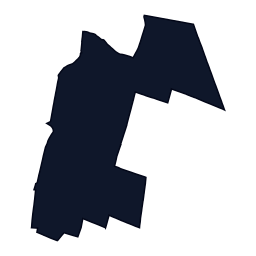 the district of Tultepec, México, Mexico
{"feature_id": "50627088B32512341732198", "entity_name": "Tultepec", "entity_type": "district", "adm_level": 2, "iso_a3": "MEX", "parent_name": "Mexico", "parent_adm1": "México", "projection": "equal_earth", "projection_center": [-99.118, 19.678], "detail": "fine", "context": "isolated", "style": "filled", "palette": "ink", "viewbox_px": 256, "rotation_deg": 0, "n_neighbors": 0, "source": "geoboundaries", "source_scale": "gbopen_adm2", "svg_char_len": 4721}
<svg xmlns="http://www.w3.org/2000/svg" viewBox="0 0 256 256"><path d="M145.9,177.4L144.7,176.9L135.0,173.7L134.2,173.4L133.1,173.0L121.9,169.2L119.6,168.3L119.3,168.0L118.4,167.6L117.7,167.3L114.5,166.3L115.3,163.0L116.1,159.7L116.8,156.3L118.2,152.2L119.6,148.0L120.9,144.4L120.6,144.2L121.8,140.5L123.0,136.8L124.2,133.0L124.6,131.9L125.0,130.6L125.4,129.4L126.8,125.0L126.9,124.1L128.2,119.1L129.5,114.2L130.9,109.1L132.2,104.0L132.4,103.4L132.9,101.3L133.3,100.0L133.6,98.6L134.4,95.3L135.3,92.0L136.6,92.4L139.7,93.5L141.7,94.2L142.1,94.3L143.7,94.8L144.8,95.2L145.3,95.4L145.9,95.7L149.3,96.8L150.2,97.1L150.9,97.3L151.5,97.5L153.4,98.0L153.9,98.1L156.8,99.2L160.3,100.4L161.3,100.7L167.7,102.8L169.7,95.6L171.2,90.2L171.4,88.9L171.6,89.0L179.3,91.7L181.9,92.6L184.3,93.5L185.0,93.7L185.7,93.9L186.4,94.3L186.9,94.5L187.6,94.8L188.3,95.1L189.1,95.4L189.4,95.5L189.9,95.7L190.8,96.1L191.6,96.4L192.5,96.7L193.3,97.0L193.8,97.2L193.9,97.3L194.5,97.5L195.1,97.6L195.6,97.8L198.3,99.0L204.6,101.7L208.4,103.2L209.1,103.5L210.2,103.9L212.3,104.8L215.5,106.1L217.2,106.8L219.5,107.8L220.1,108.0L222.9,109.1L223.3,109.4L224.1,109.7L224.5,109.9L224.3,109.4L223.7,107.7L223.6,107.4L223.1,105.9L222.1,103.4L221.6,101.8L220.6,99.1L219.7,96.8L219.4,95.9L219.1,95.0L217.6,90.8L216.5,87.8L215.7,85.6L215.4,84.9L214.6,82.8L213.4,79.5L212.7,77.5L211.3,73.5L209.9,69.9L209.1,67.5L208.0,64.6L207.8,64.0L207.1,62.4L206.6,60.9L205.2,56.8L204.7,55.6L203.3,51.5L202.8,50.2L202.0,47.7L200.9,44.9L199.8,42.2L199.4,41.1L198.7,39.0L198.3,38.0L197.5,36.3L197.3,35.5L196.7,33.9L195.6,30.7L193.4,24.3L146.8,15.8L144.3,15.4L144.0,16.4L144.0,17.1L144.7,19.8L145.2,22.4L145.5,25.2L144.5,28.5L143.5,31.8L142.4,35.2L141.4,38.5L140.4,41.8L140.0,42.9L139.6,44.0L139.2,45.3L138.8,46.5L138.4,47.7L137.9,48.8L136.9,50.8L136.7,51.3L136.1,52.2L135.6,53.1L134.4,55.4L133.7,56.7L133.1,57.8L132.3,57.5L130.6,56.8L129.8,56.5L129.2,56.3L128.1,56.0L125.1,55.1L122.2,54.4L120.9,54.3L119.9,54.2L118.7,53.6L117.5,52.9L115.8,51.8L114.6,50.8L112.5,48.8L111.0,47.6L109.5,46.1L108.7,45.5L107.9,44.8L107.3,44.3L106.4,43.1L105.2,41.6L104.2,40.4L103.8,40.0L103.1,39.7L102.0,39.7L101.4,39.5L100.3,38.7L99.2,37.7L97.9,36.7L96.3,35.7L95.9,35.4L95.6,34.7L94.1,34.0L93.5,33.8L93.4,33.8L92.8,33.6L92.2,33.5L89.1,32.9L88.8,32.5L87.8,32.2L86.8,31.8L86.1,31.8L85.3,31.6L85.1,31.6L84.4,31.5L84.1,31.6L82.9,31.5L82.6,34.4L82.5,35.8L82.4,37.1L82.2,38.3L81.8,41.8L81.9,42.6L81.2,49.7L81.1,50.5L81.0,50.8L81.4,51.8L81.6,52.7L80.9,52.8L80.7,53.2L80.4,53.9L80.4,54.1L80.5,54.9L79.8,56.6L79.8,56.8L79.3,57.4L78.7,58.0L78.2,58.7L77.1,59.7L76.0,60.7L75.9,60.9L75.5,61.3L75.1,61.7L74.8,62.0L73.6,63.0L72.6,63.8L72.0,64.0L71.4,64.2L70.3,64.6L69.1,65.0L67.7,65.6L67.3,65.8L67.0,66.0L65.9,66.8L64.8,67.4L64.0,67.8L62.9,69.2L61.8,70.6L61.4,71.1L60.8,71.8L60.2,72.7L59.2,74.0L58.5,75.0L58.3,75.3L58.7,77.9L58.3,79.8L57.9,81.4L57.4,84.0L57.0,86.4L56.4,89.6L56.4,89.8L55.8,92.6L55.7,93.2L55.5,94.2L55.3,95.6L55.1,96.4L55.0,96.9L54.2,101.1L54.1,101.8L53.8,103.7L53.5,105.0L53.0,107.7L53.0,108.0L52.4,111.2L52.2,112.5L52.1,112.8L51.2,118.0L50.5,121.6L48.3,122.7L46.8,123.4L50.8,125.8L51.5,126.7L51.9,127.0L52.1,127.3L52.4,127.8L52.8,128.5L53.0,129.1L53.2,129.6L53.3,130.0L53.3,130.3L53.3,130.6L53.4,131.1L53.2,132.1L51.6,134.3L49.3,138.2L48.0,140.8L47.5,142.6L47.2,143.6L47.0,144.0L45.5,147.2L44.4,151.7L43.4,155.7L42.6,159.5L41.8,162.9L41.0,166.4L40.3,169.4L39.6,172.4L38.8,175.4L38.7,176.1L37.8,180.1L37.4,182.0L37.3,182.5L37.0,182.9L36.2,183.4L35.7,183.7L35.6,184.3L35.3,185.5L34.0,189.7L35.6,189.9L35.3,193.1L35.3,193.3L35.0,196.1L34.6,200.0L34.5,200.5L34.4,201.6L33.8,206.8L33.7,207.0L32.8,214.0L32.1,220.6L31.6,227.3L31.5,227.7L37.6,228.1L37.6,228.4L37.0,231.9L36.9,232.2L42.9,234.7L43.6,235.1L44.7,235.5L50.7,238.1L54.9,239.7L57.2,240.6L57.4,240.6L57.5,240.5L58.0,240.0L59.5,238.1L61.9,235.2L64.1,232.7L67.9,233.9L73.9,235.7L74.7,235.9L77.8,236.8L80.9,228.1L81.1,227.5L82.8,218.5L92.1,222.3L94.5,223.2L99.0,225.0L105.4,227.7L105.5,227.9L106.5,224.5L109.0,215.3L109.0,215.2L109.7,215.5L110.7,215.9L111.7,216.4L111.8,216.4L111.9,216.5L112.2,216.6L113.6,217.2L116.2,218.2L117.0,218.6L117.5,218.8L120.9,220.3L121.3,220.5L123.5,221.3L124.1,221.6L124.3,221.7L125.2,222.0L125.4,222.1L125.9,222.3L126.5,222.6L128.3,223.3L129.5,223.7L130.1,224.0L131.7,224.6L133.1,225.2L133.5,225.3L133.8,225.5L135.7,226.3L136.0,226.4L136.2,226.5L136.9,226.7L139.5,227.7L139.7,225.2L140.2,221.8L140.4,219.6L140.5,218.2L140.7,216.8L141.0,214.7L141.6,210.8L141.7,209.8L142.1,206.8L142.2,206.4L142.4,204.9L142.9,201.3L143.1,200.5L143.5,197.6L143.9,194.2L144.0,193.7L144.4,190.5L144.9,186.9L144.9,186.7L145.4,183.3L145.4,183.1L145.5,181.8L145.7,179.8L145.9,177.4Z" fill="#0f172a" stroke="#020617" stroke-width="1.5"/></svg>